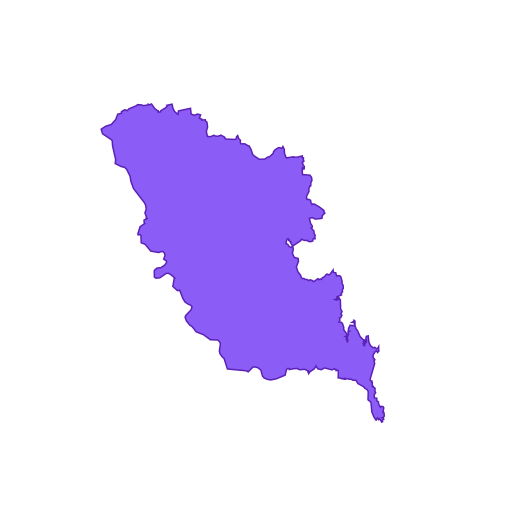 New Ross Lea-6, Wexford, Ireland, rotated 306°
{"feature_id": "5873133B16930759140678", "entity_name": "New Ross Lea-6", "entity_type": "district", "adm_level": 2, "iso_a3": "IRL", "parent_name": "Ireland", "parent_adm1": "Wexford", "projection": "orthographic", "projection_center": [-6.826, 52.344], "detail": "fine", "context": "isolated", "style": "filled", "palette": "violet", "viewbox_px": 512, "rotation_deg": 306, "n_neighbors": 0, "source": "geoboundaries", "source_scale": "gbopen_adm2", "svg_char_len": 6134}
<svg xmlns="http://www.w3.org/2000/svg" viewBox="0 0 512 512"><g transform="rotate(306 256 256)"><path d="M157.7,317.8L164.3,318.8L165.9,320.9L166.7,323.2L166.6,326.9L162.7,331.8L162.1,334.2L162.8,337.5L164.4,340.8L168.7,344.7L176.7,349.6L182.2,347.4L184.0,348.0L184.3,349.0L183.2,350.0L183.8,349.7L187.2,353.0L189.5,355.9L189.2,356.6L189.8,358.4L192.9,361.9L193.7,365.7L193.3,365.4L192.7,366.5L192.0,366.2L192.6,366.9L191.9,367.8L193.7,367.6L199.1,369.5L201.8,369.2L201.3,369.6L201.8,370.5L201.0,372.1L202.4,375.6L205.8,377.3L208.5,384.4L210.9,385.7L210.6,386.5L211.1,387.3L210.4,388.2L211.2,388.4L211.6,389.9L205.7,394.2L206.4,394.7L206.9,397.2L207.9,397.9L207.7,398.9L209.3,400.0L208.6,400.4L210.9,402.6L211.0,403.9L212.3,405.5L212.3,407.1L214.2,409.9L212.7,413.4L213.5,419.6L212.9,422.1L213.3,424.0L212.3,426.5L205.8,430.9L205.3,431.8L205.6,433.0L205.0,435.2L198.0,441.3L195.8,444.8L194.6,447.0L194.5,448.6L193.7,448.9L194.0,449.5L194.7,448.8L194.4,449.6L196.2,449.4L195.9,450.2L196.3,450.7L195.9,451.1L196.5,451.2L196.1,451.5L196.6,451.7L196.5,452.9L195.5,455.4L196.4,455.8L197.3,454.7L199.1,455.3L199.7,454.1L199.4,453.2L200.6,454.0L202.0,453.8L204.2,451.9L204.9,450.7L204.4,450.5L208.3,448.6L208.8,447.5L208.5,446.4L207.7,445.5L207.7,445.8L206.9,445.9L206.9,445.4L207.5,445.5L207.1,444.7L208.2,442.4L210.0,440.7L209.8,439.0L211.9,437.2L211.0,435.7L211.1,434.8L213.5,433.1L215.7,433.2L216.5,431.7L218.8,430.2L219.2,429.3L218.7,428.0L219.4,427.5L218.9,426.7L222.2,424.3L222.0,423.8L223.0,423.2L222.4,422.0L223.0,420.9L238.8,415.2L240.6,413.0L241.9,413.2L242.4,411.9L242.1,411.3L244.4,409.0L249.1,408.7L250.0,409.6L249.5,410.8L250.4,410.5L250.7,410.9L250.3,411.2L251.0,411.4L254.8,408.5L253.1,408.7L251.6,407.9L252.0,405.8L250.6,404.7L250.8,401.3L252.7,397.9L257.4,393.7L255.8,392.5L254.1,393.2L251.7,395.7L250.2,395.5L249.6,394.7L247.5,396.6L247.0,395.9L248.1,395.8L248.2,395.0L248.6,395.5L249.1,394.9L249.5,394.6L250.0,394.6L249.0,394.3L248.6,394.9L248.0,394.6L247.5,393.6L248.2,394.6L249.3,394.2L250.3,394.1L250.4,395.2L251.0,394.6L250.4,393.5L251.2,393.5L251.5,394.0L250.6,393.6L251.4,395.5L252.4,394.4L251.3,392.0L252.0,387.6L255.3,382.1L255.8,380.0L257.9,377.0L261.3,374.5L261.8,373.7L261.5,373.0L261.0,373.7L258.8,372.7L259.8,374.3L257.7,377.0L255.3,372.8L251.8,373.4L249.4,374.9L249.8,375.6L248.6,375.0L247.2,376.7L243.5,377.7L241.3,380.3L239.4,380.1L240.9,380.1L241.5,378.2L243.8,376.6L243.5,375.6L244.7,376.4L246.3,375.3L248.0,370.2L249.8,369.0L252.3,365.5L252.5,363.8L251.3,362.0L253.4,361.6L255.0,359.9L255.9,360.8L258.6,360.3L258.8,358.8L261.6,358.3L262.9,355.6L270.0,350.1L271.0,347.5L270.2,347.0L269.8,347.6L270.3,347.7L270.4,348.0L269.9,348.0L270.2,349.4L269.6,348.1L267.7,347.2L267.2,345.5L268.6,346.7L270.7,345.5L274.8,348.1L275.6,347.0L278.0,347.0L279.3,345.7L281.1,345.7L283.4,343.8L284.7,341.3L286.1,340.6L289.1,336.7L289.2,335.5L288.8,334.4L287.2,332.9L289.3,330.4L288.2,328.1L290.0,326.6L284.7,326.6L283.7,326.2L283.2,324.1L282.0,323.6L279.3,323.5L277.3,322.4L275.6,322.9L275.2,321.5L273.9,320.9L274.1,319.4L269.3,317.9L269.0,317.0L269.4,316.5L268.6,313.8L267.1,313.2L267.1,311.3L265.9,309.4L266.0,307.9L265.2,307.2L264.9,305.6L266.6,303.6L267.9,299.1L270.9,295.1L276.6,293.5L278.8,291.6L277.4,287.9L279.4,284.0L283.6,282.1L285.5,279.8L294.7,283.2L296.3,282.9L297.0,285.9L298.7,288.3L298.6,290.0L299.8,291.9L301.5,293.1L303.2,292.2L304.2,292.5L304.6,293.4L304.2,294.2L305.9,292.4L307.6,291.7L308.1,290.1L310.4,288.0L311.0,284.2L312.0,284.7L313.3,284.0L314.3,281.3L317.7,277.1L320.0,278.8L320.8,282.4L325.2,287.2L327.7,285.9L331.2,286.5L331.7,284.8L332.8,284.3L332.9,278.6L332.3,272.4L330.6,271.2L331.1,271.0L331.4,269.1L333.1,267.5L333.0,265.9L331.7,263.9L333.9,261.8L339.4,260.9L341.5,259.2L344.1,258.5L344.8,259.1L347.8,257.2L350.1,256.8L352.3,254.7L353.1,252.1L349.2,245.8L352.1,243.3L353.4,243.1L353.4,242.2L354.7,241.7L355.0,243.7L355.8,243.3L357.0,242.2L357.2,240.5L358.0,240.0L358.6,238.5L360.9,239.0L360.8,238.4L363.3,236.7L362.7,235.6L364.2,234.6L360.4,231.5L357.9,228.1L358.2,227.9L353.2,222.9L355.5,219.0L359.0,216.1L360.4,213.4L358.1,213.6L357.7,211.6L356.5,210.3L353.1,209.0L350.5,208.9L349.2,209.6L344.1,208.6L342.9,207.3L339.5,206.1L336.2,201.8L335.9,195.5L336.2,193.6L339.2,189.5L341.0,185.8L340.6,185.3L340.2,181.1L337.9,177.8L338.5,176.7L340.5,175.4L340.8,173.1L342.7,170.4L341.1,170.1L339.9,171.0L338.0,170.6L332.9,162.9L332.9,161.7L333.7,161.0L333.2,156.6L330.6,154.9L329.2,152.8L329.0,151.0L325.9,149.2L324.2,146.4L327.5,142.7L331.9,141.0L335.4,137.7L335.6,135.8L336.4,134.9L334.1,132.3L334.9,131.7L334.1,129.3L337.6,128.2L336.5,125.3L333.6,123.4L332.7,120.1L337.0,116.2L327.8,108.0L324.7,109.6L325.0,105.2L326.7,102.0L329.5,98.8L325.5,95.3L325.2,96.1L322.7,95.7L317.6,93.6L316.6,94.0L314.9,92.6L316.0,91.5L315.6,91.1L315.8,87.3L317.6,82.1L315.6,80.9L315.5,79.5L314.6,79.7L311.5,76.6L310.9,74.5L308.8,71.1L307.6,71.1L300.4,66.7L298.0,66.4L297.5,64.6L296.7,64.3L296.8,63.6L293.7,62.3L292.5,63.3L289.5,60.8L283.9,62.3L277.3,61.6L272.8,58.2L267.6,56.2L264.7,60.0L265.1,71.0L264.5,72.1L260.6,75.4L251.6,85.7L248.0,87.8L249.2,94.6L250.5,97.6L250.1,100.4L246.6,107.1L242.8,111.0L238.6,117.2L233.5,134.4L232.2,136.9L229.3,139.7L225.6,140.8L222.9,144.7L222.1,144.9L222.2,145.8L219.2,144.3L217.2,146.0L217.0,146.9L211.5,145.0L204.5,147.4L203.8,148.2L205.1,149.6L204.9,150.9L199.2,155.4L200.3,159.4L198.1,168.0L201.6,175.2L204.5,177.3L204.9,178.7L204.5,180.1L203.1,182.0L199.2,183.2L199.3,186.5L198.3,187.4L195.0,187.5L190.6,185.9L188.1,183.0L185.5,182.4L184.2,182.4L179.3,186.1L179.2,188.0L181.8,191.0L189.3,193.7L190.5,195.3L190.9,197.8L190.4,203.3L189.8,203.0L182.5,206.6L181.8,212.9L183.5,214.3L178.6,221.9L177.1,225.4L177.1,228.9L177.8,232.2L177.3,234.1L174.3,235.1L166.5,234.1L164.8,234.6L162.6,237.8L161.2,242.7L161.3,246.0L159.5,252.2L161.5,259.9L161.4,268.2L165.5,274.4L165.3,276.6L164.2,278.7L157.6,282.2L155.8,284.3L154.5,288.0L154.4,290.3L147.8,299.3L157.3,315.4L157.7,317.8ZM285.5,279.8L283.5,279.3L283.1,277.5L284.1,274.7L283.7,272.8L287.4,271.3L288.8,271.6L288.6,273.3L287.8,273.3L287.9,275.7L287.4,275.6L285.5,279.8Z" fill="#8b5cf6" stroke="#5b21b6" stroke-width="1.5"/></g></svg>